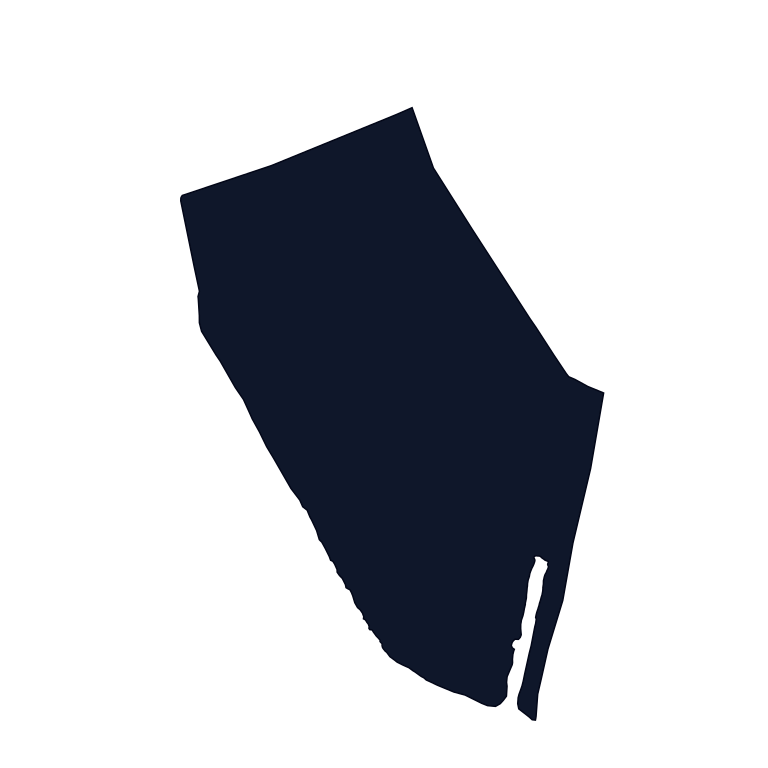 the district of Al-Dawahy, Bur Sa`id, Egypt, rotated 19°
{"feature_id": "37247803B10876030245945", "entity_name": "Al-Dawahy", "entity_type": "district", "adm_level": 2, "iso_a3": "EGY", "parent_name": "Egypt", "parent_adm1": "Bur Sa`id", "projection": "equal_earth", "projection_center": [32.286, 31.246], "detail": "fine", "context": "isolated", "style": "filled", "palette": "ink", "viewbox_px": 768, "rotation_deg": 19, "n_neighbors": 0, "source": "geoboundaries", "source_scale": "gbopen_adm2", "svg_char_len": 3650}
<svg xmlns="http://www.w3.org/2000/svg" viewBox="0 0 768 768"><g transform="rotate(19 384 384)"><path d="M469.5,250.2L416.5,208.6L360.4,163.7L359.3,162.3L358.2,160.9L320.6,113.6L308.0,125.2L206.4,214.2L181.4,233.4L131.9,271.4L131.5,272.9L131.4,274.3L132.2,277.0L166.3,334.8L179.3,356.4L179.7,361.9L180.4,363.3L181.0,364.7L187.1,379.4L189.5,386.2L194.4,393.6L215.7,411.2L221.7,415.7L244.6,435.8L256.2,444.4L267.1,455.9L270.8,459.9L281.9,469.9L293.5,481.5L303.9,490.2L330.1,513.1L342.2,521.2L347.1,526.5L352.4,528.3L357.4,534.0L358.8,535.2L360.2,536.5L368.0,544.5L373.5,552.2L375.0,553.0L376.6,553.7L382.0,558.6L388.4,564.9L390.9,568.0L392.7,568.2L393.4,568.3L396.0,570.4L400.1,574.8L400.5,576.0L401.0,577.2L404.3,579.6L406.1,580.5L407.9,581.4L412.8,586.2L413.6,587.5L414.4,588.9L416.7,589.4L417.8,589.5L418.9,589.7L421.3,592.0L422.3,593.2L423.3,594.3L427.6,600.3L431.8,604.0L433.3,604.6L434.9,605.2L438.2,607.6L440.7,610.7L440.7,611.0L441.0,612.7L442.8,613.0L443.1,613.0L445.0,614.5L445.3,614.8L446.2,615.4L447.1,615.9L448.2,617.2L448.8,617.9L449.4,620.1L450.6,620.9L451.9,620.5L452.3,620.4L453.4,620.8L454.5,621.8L456.5,623.2L457.4,623.8L458.6,624.7L460.0,625.4L460.3,625.6L461.6,626.2L463.8,627.6L464.0,628.3L464.1,628.8L465.5,629.6L466.7,630.1L467.4,632.1L468.3,633.5L469.3,634.4L472.3,636.3L473.1,636.5L473.9,636.8L478.4,639.9L484.5,641.8L485.8,642.3L487.0,642.7L491.5,643.3L492.1,643.4L492.8,643.5L497.0,643.9L498.4,644.0L499.8,644.1L503.6,645.3L504.4,645.6L505.8,645.9L507.2,646.2L509.5,646.9L513.4,648.1L515.1,648.5L516.0,648.6L517.6,648.9L520.3,650.1L523.8,650.4L532.5,651.4L550.5,652.5L561.9,651.7L579.7,654.0L580.1,654.1L580.6,654.1L586.6,654.4L594.4,652.5L598.0,648.4L598.9,646.3L599.8,644.2L601.4,639.3L598.7,629.6L597.8,627.8L597.0,626.1L595.7,620.7L596.2,612.9L596.6,607.7L596.3,605.7L595.6,603.8L595.1,602.5L593.9,597.7L593.7,595.5L593.6,594.6L593.6,592.4L591.2,591.7L590.4,590.8L589.5,589.9L589.3,586.7L589.9,584.6L591.0,582.6L591.6,582.5L594.3,581.6L595.3,579.2L595.4,576.5L594.2,573.8L592.9,570.8L591.5,566.6L591.2,564.6L590.8,562.6L590.8,559.4L590.8,557.9L590.4,554.2L589.9,551.1L589.8,550.8L589.8,550.3L589.4,546.4L589.1,545.6L588.9,544.7L588.8,543.7L588.3,540.0L587.8,538.4L587.3,536.8L586.5,533.2L585.7,530.1L585.6,529.6L585.5,528.8L585.1,527.3L584.7,526.0L584.1,522.3L584.1,520.3L584.1,519.9L584.0,518.1L583.9,517.8L583.6,515.8L583.6,513.5L583.7,511.6L583.8,509.8L584.1,508.0L584.2,506.9L584.3,505.5L584.3,502.9L584.0,501.3L583.7,501.0L583.0,500.1L582.1,499.7L582.4,497.9L583.7,496.8L584.8,496.7L587.0,496.0L588.5,496.3L589.1,496.6L589.4,496.8L590.6,497.2L591.8,497.5L592.9,497.9L593.4,498.1L594.6,498.2L597.2,498.3L597.4,499.4L597.4,500.6L597.4,501.1L598.1,502.2L599.0,503.1L599.1,505.0L599.0,506.2L598.9,507.0L598.8,507.8L598.8,509.3L598.4,511.3L598.3,512.5L598.4,514.7L598.6,516.1L598.8,518.1L599.6,520.5L600.0,521.8L600.0,522.1L600.4,524.2L600.5,524.7L600.9,525.8L601.5,528.1L602.1,532.1L602.1,534.4L602.3,536.6L602.4,538.5L602.4,538.9L602.4,540.6L602.6,542.2L602.7,543.2L602.7,544.3L602.7,545.0L602.8,546.4L602.8,550.2L603.0,552.6L603.4,555.4L603.9,556.0L604.5,556.7L605.0,559.2L605.4,561.4L605.5,563.0L605.6,564.2L605.8,565.7L608.4,583.8L609.0,591.2L610.2,601.6L611.4,612.2L612.4,619.8L612.8,624.5L612.8,626.6L612.8,628.6L612.7,633.5L613.0,637.1L613.3,638.1L614.5,642.7L617.2,647.3L623.4,649.4L629.8,651.6L631.6,652.4L633.4,653.2L636.6,652.5L636.4,651.0L636.0,648.8L630.3,627.2L628.6,610.9L625.3,581.1L623.5,530.5L614.4,472.7L606.9,396.8L594.6,321.0L577.5,320.0L563.0,317.5L556.3,317.0L554.6,315.9L552.9,314.8L535.4,301.5L509.4,281.1L500.6,274.6L469.5,250.2Z" fill="#0f172a" stroke="#020617" stroke-width="1.5"/></g></svg>